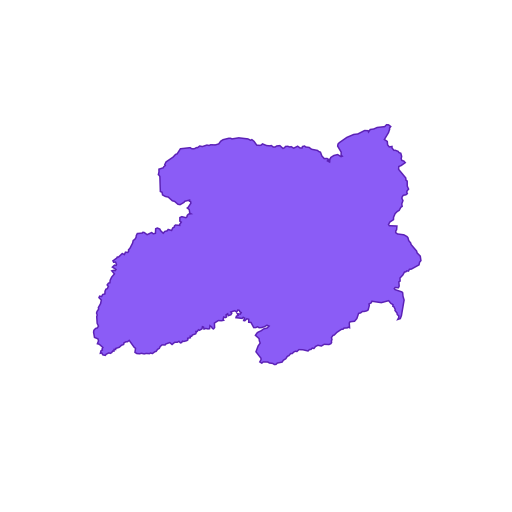 Cachoeira do Sul, Rio Grande do Sul, Brazil (Robinson projection), rotated 57°
{"feature_id": "56859067B94054862444649", "entity_name": "Cachoeira do Sul", "entity_type": "district", "adm_level": 2, "iso_a3": "BRA", "parent_name": "Brazil", "parent_adm1": "Rio Grande do Sul", "projection": "robinson", "projection_center": [-52.981, -30.236], "detail": "fine", "context": "isolated", "style": "filled", "palette": "violet", "viewbox_px": 512, "rotation_deg": 57, "n_neighbors": 0, "source": "geoboundaries", "source_scale": "gbopen_adm2", "svg_char_len": 6129}
<svg xmlns="http://www.w3.org/2000/svg" viewBox="0 0 512 512"><g transform="rotate(57 256 256)"><path d="M173.6,345.2L175.1,346.5L176.0,348.5L176.1,350.5L178.0,352.5L180.8,357.4L181.4,359.6L182.6,360.2L183.2,361.6L181.7,363.4L183.1,365.6L181.1,366.8L182.0,371.9L181.3,372.9L181.9,374.0L182.1,378.6L183.7,378.8L184.6,377.1L187.0,377.5L187.7,378.4L186.6,379.6L187.1,382.5L191.0,380.7L191.6,382.1L190.5,383.2L189.9,385.0L193.9,384.5L195.1,388.6L196.9,391.5L198.9,393.1L198.4,394.5L199.2,396.6L201.1,396.4L202.4,398.5L202.1,400.0L203.3,401.8L205.5,403.4L204.8,405.6L205.9,407.5L204.5,409.0L205.4,410.4L208.7,409.7L211.3,412.3L213.4,416.3L214.8,416.9L215.9,419.5L217.0,420.8L219.0,421.3L220.1,422.6L226.0,425.9L229.0,426.3L229.9,428.2L229.4,430.0L230.0,432.4L231.4,433.7L236.3,435.8L239.4,433.7L241.4,434.3L243.2,436.8L244.7,435.5L249.3,434.2L250.2,435.8L251.2,436.0L251.1,437.7L252.8,439.5L253.3,438.2L255.5,438.3L257.3,436.5L256.8,435.2L257.1,432.2L258.3,431.2L258.4,429.6L257.7,428.0L258.4,426.9L257.1,425.9L258.0,424.7L257.1,424.1L258.1,420.4L257.6,417.4L258.1,415.2L257.0,414.2L257.0,412.0L257.9,410.5L257.7,408.3L266.2,407.9L267.8,407.3L270.9,410.0L272.9,409.1L274.6,406.9L275.2,405.1L277.2,403.1L277.9,401.2L279.9,398.5L279.9,397.3L281.4,396.0L281.2,393.0L281.6,391.7L280.7,389.4L280.8,387.4L279.7,385.6L279.4,383.1L281.1,380.7L280.7,379.5L281.6,375.5L284.5,374.6L284.1,371.2L285.5,368.9L285.6,367.1L287.7,366.7L288.1,365.5L287.4,364.1L288.4,363.0L289.3,360.1L289.2,358.8L287.8,358.1L288.8,355.6L287.5,354.9L288.3,353.7L287.6,352.4L288.4,349.0L287.7,347.9L286.6,347.5L287.3,346.4L286.5,344.4L287.5,343.9L287.7,340.9L286.1,339.4L287.0,338.7L289.0,339.4L289.4,337.6L291.0,336.0L291.7,334.5L289.4,332.6L291.2,331.9L293.0,332.0L294.0,331.4L293.5,329.7L289.6,327.4L289.6,322.8L291.5,320.2L292.3,318.1L291.3,318.1L289.6,316.4L290.9,315.4L291.1,314.1L289.0,313.1L289.0,311.2L290.9,311.9L291.6,309.1L290.8,307.5L289.2,307.6L290.3,303.7L292.4,302.7L291.4,300.6L292.6,299.6L293.9,300.0L295.4,299.2L296.2,300.8L294.2,303.1L296.1,303.3L295.8,305.2L296.8,306.4L300.8,301.6L300.4,300.2L301.9,299.4L303.4,301.5L304.2,300.7L303.7,297.8L305.1,296.6L307.6,298.2L309.0,296.4L314.8,296.9L315.9,295.2L316.2,293.2L317.8,292.5L318.9,290.7L319.9,287.4L320.0,284.5L321.9,283.2L322.5,285.9L321.3,289.4L321.5,292.4L321.0,295.7L321.1,297.0L322.2,299.7L326.9,298.4L329.0,299.4L331.3,299.9L332.6,303.2L336.3,308.2L344.4,307.5L345.6,308.1L346.9,310.5L349.0,309.5L348.8,307.6L351.4,303.8L353.0,303.1L355.2,300.5L357.0,299.7L357.8,298.3L357.4,296.5L359.2,291.9L358.3,289.8L358.4,287.0L357.2,284.3L357.5,282.7L356.7,280.1L357.5,278.9L357.1,276.1L357.4,274.7L358.4,273.7L357.9,271.0L360.2,267.7L364.0,264.1L363.6,262.1L364.3,260.8L363.9,259.0L365.1,257.8L364.3,255.3L364.6,252.7L367.1,250.2L367.2,246.9L370.0,243.0L370.3,241.0L369.7,239.7L368.2,239.0L367.6,237.9L365.5,237.1L364.5,234.6L364.9,233.4L364.1,229.8L364.0,224.4L364.8,222.7L364.4,221.5L366.0,218.6L366.0,217.4L367.1,216.6L363.0,214.3L362.4,213.0L364.4,208.9L363.4,205.5L360.0,201.2L360.7,199.3L360.5,196.9L361.4,195.6L362.3,193.0L362.3,191.3L359.2,187.9L357.8,187.4L358.0,184.8L357.1,183.4L363.4,176.3L365.7,169.1L369.2,168.7L371.4,167.6L372.7,168.6L373.7,168.0L376.5,168.3L377.4,169.1L380.6,168.8L382.0,169.4L384.0,168.9L385.5,170.0L386.4,171.7L387.1,169.1L385.2,166.5L373.6,155.8L369.7,154.6L366.7,153.0L365.6,153.2L359.9,157.7L358.7,157.8L358.2,156.4L360.2,153.9L359.2,152.3L355.5,150.3L355.5,148.8L352.9,147.3L351.9,143.2L350.3,140.2L350.9,139.0L350.6,137.7L351.7,136.3L350.7,134.6L351.6,132.8L352.2,124.1L350.3,122.2L349.7,120.2L345.6,118.3L341.0,119.2L339.4,118.6L330.8,119.7L329.4,119.2L326.2,119.5L323.4,118.6L321.9,118.8L318.7,120.5L314.6,125.3L312.5,126.1L311.0,125.0L310.6,123.8L307.6,121.5L303.2,127.7L301.7,127.7L300.4,125.2L300.4,120.9L298.4,119.5L296.2,116.2L295.6,113.3L295.7,111.1L294.0,107.9L294.0,106.4L291.7,105.4L289.6,102.6L286.9,102.2L285.9,101.0L285.3,99.4L286.3,97.0L286.1,95.1L284.5,94.8L283.6,93.7L283.0,91.6L279.8,91.1L275.5,88.4L274.0,88.9L272.1,87.9L261.0,89.2L258.7,87.5L259.2,85.1L259.0,80.0L256.9,80.3L255.2,81.7L253.4,81.2L251.8,79.6L248.7,78.6L247.1,79.8L245.7,79.8L243.2,81.6L242.5,82.8L239.5,83.1L238.2,82.3L237.1,84.8L234.5,85.1L231.4,83.5L228.2,84.9L224.7,77.7L222.5,74.9L221.4,74.3L220.8,72.5L218.2,73.4L217.0,75.0L217.6,77.6L214.2,84.4L213.6,88.2L212.1,91.3L213.3,94.1L211.9,93.8L209.9,96.6L209.1,104.2L207.3,107.8L206.0,115.2L206.3,124.1L206.6,125.9L207.5,127.0L208.4,127.7L215.3,128.0L217.6,129.6L219.3,129.3L219.0,130.6L215.4,132.3L214.1,136.0L214.1,139.7L215.1,140.8L214.5,142.7L212.9,143.3L211.5,145.7L208.0,146.3L204.0,145.4L202.5,146.5L201.0,146.9L196.7,151.3L193.9,152.3L191.7,154.9L190.2,155.4L189.5,157.4L190.5,158.6L189.4,160.2L186.6,161.3L186.1,165.7L183.5,166.9L182.9,168.4L181.3,169.6L180.2,171.6L180.7,173.1L180.5,174.8L176.4,175.9L175.0,178.7L175.0,180.7L174.0,182.2L171.7,183.0L171.1,184.5L169.1,187.0L165.5,189.5L165.8,191.3L165.4,192.4L163.5,195.0L158.8,195.2L156.1,196.1L156.0,197.5L153.4,199.0L147.5,206.1L144.7,212.4L143.4,213.2L142.4,214.8L140.5,220.3L140.5,223.1L141.7,226.2L140.7,229.6L138.0,233.5L137.8,235.1L136.2,236.8L135.0,241.4L133.1,243.3L133.3,246.0L132.6,247.0L132.6,248.7L131.9,250.4L130.8,251.6L129.3,252.2L124.9,261.0L127.4,266.5L127.0,268.2L127.9,271.7L128.1,280.2L129.7,282.8L130.7,282.8L130.9,284.7L131.5,285.8L130.3,290.1L132.7,291.6L134.6,293.6L135.7,293.2L137.1,293.4L149.8,301.1L151.4,300.1L153.9,301.1L156.7,299.6L158.8,297.5L164.1,296.1L165.9,294.5L170.1,293.3L171.6,291.7L171.8,287.2L171.3,286.0L172.9,281.3L173.8,282.0L174.7,281.2L176.2,281.8L178.2,286.3L178.3,287.5L180.7,286.7L184.0,288.2L185.1,287.6L184.1,289.7L184.5,291.6L185.5,292.4L185.7,293.9L182.6,296.8L182.3,298.9L185.3,300.9L186.9,300.2L187.9,302.8L188.8,303.3L186.2,306.6L186.3,307.9L187.2,308.7L187.1,310.5L188.6,312.9L185.9,315.2L186.5,316.9L185.7,319.2L186.4,321.4L182.8,322.2L181.0,322.0L178.8,323.5L178.5,325.3L182.2,328.0L181.4,330.1L179.5,330.7L178.8,335.7L175.5,336.9L174.5,337.9L174.8,339.0L172.5,343.3L173.6,345.2ZM214.5,142.7L216.3,142.2L217.3,143.1L215.1,144.3L214.5,142.7Z" fill="#8b5cf6" stroke="#5b21b6" stroke-width="1.5"/></g></svg>